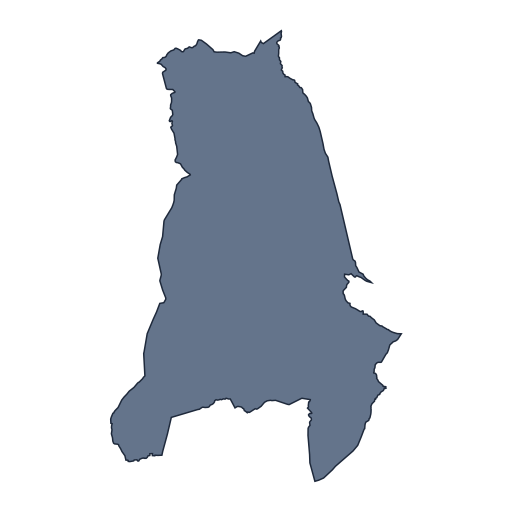 Charapan, Michoacán, Mexico
{"feature_id": "50627088B69294941658253", "entity_name": "Charapan", "entity_type": "district", "adm_level": 2, "iso_a3": "MEX", "parent_name": "Mexico", "parent_adm1": "Michoacán", "projection": "mercator", "projection_center": [-102.229, 19.697], "detail": "fine", "context": "isolated", "style": "filled", "palette": "slate", "viewbox_px": 512, "rotation_deg": 0, "n_neighbors": 0, "source": "geoboundaries", "source_scale": "gbopen_adm2", "svg_char_len": 6004}
<svg xmlns="http://www.w3.org/2000/svg" viewBox="0 0 512 512"><path d="M157.5,63.3L159.6,63.7L161.2,64.3L163.1,66.5L165.2,67.7L166.0,68.8L166.0,69.7L165.8,70.2L162.7,72.3L162.5,73.6L166.4,88.4L166.8,89.0L167.9,89.4L172.8,89.5L174.9,91.7L174.8,92.4L172.3,93.3L170.7,94.7L170.7,95.7L171.6,97.9L171.6,101.2L171.5,102.4L170.6,105.0L170.6,106.8L170.3,108.4L170.5,108.9L172.3,110.3L172.8,114.6L172.2,115.7L170.6,117.3L169.3,120.7L169.6,121.3L170.1,121.6L171.6,120.8L172.0,120.8L172.4,121.4L171.9,123.5L172.5,125.3L172.1,126.1L171.1,126.8L170.8,127.3L171.5,129.1L174.0,133.2L175.0,138.5L175.0,139.8L175.6,141.7L175.6,142.9L176.7,146.3L177.6,154.5L176.4,157.5L175.1,160.0L175.3,161.7L176.3,162.5L177.8,162.7L180.5,163.8L182.4,167.3L183.9,168.8L184.8,170.2L187.4,172.5L189.7,174.0L190.2,174.4L190.3,174.9L187.0,176.9L184.6,177.6L181.8,178.8L181.8,179.2L176.7,185.1L176.3,188.2L174.3,194.8L174.2,200.2L173.7,202.5L172.9,204.9L171.8,207.7L164.5,219.7L164.0,221.1L162.6,236.6L160.2,244.6L157.8,258.2L161.3,274.1L161.2,275.4L159.9,280.3L159.9,281.0L162.7,290.2L165.8,298.0L165.7,299.4L163.8,302.7L159.8,303.4L156.5,312.1L153.3,319.1L147.2,333.7L144.1,351.8L143.7,353.5L144.9,375.9L143.4,377.4L142.6,378.7L139.1,382.2L138.4,382.4L137.5,383.2L134.0,387.4L129.2,391.2L126.8,394.2L124.1,397.0L121.7,400.1L118.1,407.5L115.0,410.7L114.0,412.2L113.9,412.8L112.9,413.3L111.3,417.1L110.7,419.1L110.9,423.3L112.1,423.7L111.6,425.8L111.5,427.9L112.0,429.7L111.4,433.8L112.5,437.8L112.8,441.0L113.6,443.2L114.6,443.9L117.5,444.2L118.5,444.6L118.8,445.8L120.6,448.7L122.0,451.6L124.9,455.7L125.9,460.1L127.8,460.2L128.2,460.5L128.2,461.4L129.8,461.6L133.7,460.9L134.2,460.0L136.7,459.8L136.9,459.8L137.6,460.9L138.7,461.0L139.7,459.3L142.2,458.2L143.9,458.0L144.1,458.3L146.1,458.3L146.4,458.1L147.3,457.3L148.1,455.8L149.8,455.5L149.8,453.7L152.5,453.6L152.4,455.6L154.8,455.8L155.0,455.2L157.8,455.4L161.9,455.2L162.7,451.4L167.4,434.1L171.3,417.4L197.8,409.5L199.3,409.3L202.2,407.3L203.0,407.2L205.1,407.5L208.0,407.3L209.3,406.6L210.2,405.1L211.9,404.5L213.4,403.5L214.5,401.9L214.7,400.7L216.1,399.7L217.1,400.1L219.0,399.9L219.6,399.5L220.5,399.4L221.5,399.7L223.3,398.9L225.0,399.1L225.6,398.9L225.8,398.4L226.5,398.3L228.5,399.0L230.3,399.0L235.0,407.9L236.9,406.7L238.0,406.4L240.9,406.9L241.7,407.2L242.7,408.3L243.6,408.6L244.4,410.7L245.3,411.1L247.2,412.7L247.5,412.1L247.9,412.0L248.9,412.4L249.6,412.3L255.2,408.7L256.6,409.1L257.4,408.9L261.1,406.3L264.5,402.3L267.2,400.8L270.5,400.3L271.9,400.6L275.5,400.3L287.5,404.3L289.1,404.6L301.5,398.4L302.1,398.3L310.3,399.6L310.2,400.4L309.4,401.7L308.7,402.0L308.3,405.4L308.5,406.9L307.5,408.1L311.3,412.2L311.8,413.1L311.0,413.6L309.9,413.4L309.0,414.1L308.5,414.9L308.9,415.9L309.8,417.0L310.9,417.7L311.3,418.6L311.4,419.5L311.2,420.3L310.6,420.8L309.7,422.0L309.6,422.8L310.0,425.3L308.5,427.3L308.1,428.5L308.0,435.4L309.6,454.6L309.9,462.9L314.9,481.3L318.7,480.2L323.6,478.0L332.4,469.8L335.4,466.3L353.0,451.0L357.7,445.4L361.2,436.9L364.1,429.2L364.7,428.7L365.0,424.8L365.4,423.2L365.9,422.1L368.6,420.5L369.0,419.7L369.1,418.7L369.9,417.9L370.8,414.0L371.0,412.1L371.1,409.3L370.9,408.1L371.1,407.0L370.8,406.4L372.0,403.7L374.5,401.2L374.6,400.1L375.1,398.9L375.6,399.1L375.9,398.1L376.8,397.6L377.8,395.2L379.7,394.4L379.7,393.8L381.1,391.9L383.1,390.7L383.7,389.9L384.3,388.2L385.1,388.5L386.0,388.1L385.8,387.8L385.8,386.7L383.1,386.3L382.9,385.4L378.5,381.6L377.7,379.8L376.6,378.3L376.9,377.2L376.6,376.6L376.6,375.2L375.9,373.9L375.4,373.4L373.8,373.0L373.7,372.5L374.1,371.7L374.2,369.2L374.9,367.8L375.2,364.8L376.7,363.0L378.1,362.3L380.8,362.3L381.4,362.1L385.9,354.3L387.3,352.8L388.5,349.7L389.8,345.0L393.2,341.8L395.7,340.9L397.6,339.5L401.3,333.8L397.2,333.6L393.5,332.5L391.4,331.7L389.0,330.3L388.6,329.7L386.9,329.3L386.4,328.8L382.7,326.7L382.0,326.0L379.9,325.7L376.1,322.9L374.3,319.9L371.4,317.7L370.0,316.3L368.5,316.1L367.0,314.2L363.2,314.1L363.2,311.7L362.9,310.9L362.2,310.9L361.4,311.5L360.1,311.5L355.5,308.7L351.3,307.0L350.4,306.0L349.9,304.7L350.0,303.4L347.9,302.8L345.9,300.5L345.1,298.6L344.5,295.7L344.0,294.5L343.2,293.7L343.1,291.2L343.4,290.5L346.4,287.3L346.5,286.0L346.9,284.5L348.8,282.4L348.9,281.7L348.9,281.2L347.6,280.4L344.5,277.0L344.6,274.2L348.8,274.8L351.1,273.7L354.5,277.0L355.4,277.0L356.3,275.9L356.8,275.7L359.1,276.8L361.1,277.5L365.1,280.4L366.8,281.3L371.5,282.6L370.0,281.1L367.4,279.7L365.7,278.2L363.8,275.9L363.1,274.2L359.0,272.0L356.9,267.5L355.7,265.7L355.5,262.5L355.0,261.1L353.3,259.9L352.7,258.9L340.0,204.6L338.8,201.9L336.9,193.7L332.1,176.0L328.6,161.1L327.9,157.2L325.4,153.3L324.0,149.3L323.0,143.7L320.2,131.5L318.9,127.3L316.9,123.1L314.6,119.4L313.9,117.6L312.9,113.9L311.7,110.8L311.5,107.4L310.4,103.8L309.6,102.6L308.4,101.6L307.4,97.9L306.3,96.2L304.4,94.1L303.3,93.4L302.8,92.4L302.6,89.6L301.6,88.1L301.1,87.6L299.8,87.5L298.8,85.9L297.5,84.9L297.7,83.9L295.1,82.4L294.6,80.3L293.9,79.9L292.8,79.8L289.8,78.2L288.1,76.9L286.9,76.6L285.1,76.7L285.0,75.0L283.7,74.2L282.9,73.0L282.7,71.2L281.4,70.1L281.5,69.3L282.3,67.8L282.0,67.2L282.1,65.5L280.4,63.7L280.8,61.4L279.5,59.9L279.4,57.5L278.7,56.9L278.4,56.1L278.7,53.3L278.7,49.6L279.3,48.0L279.2,47.0L278.6,46.5L279.0,45.9L278.7,45.3L276.9,43.7L276.7,42.7L277.1,41.9L277.7,41.2L278.7,40.6L279.7,40.4L280.3,40.0L280.6,39.2L280.5,37.9L281.1,37.7L281.5,36.4L281.1,33.5L281.5,31.4L281.3,30.7L263.4,43.6L261.3,42.5L260.7,41.0L254.6,51.2L254.1,53.2L252.8,52.9L245.6,56.3L242.6,55.7L238.9,53.2L234.2,51.7L230.8,52.8L225.0,52.0L216.9,52.2L214.1,51.8L212.9,49.6L206.5,44.0L201.4,40.3L198.7,39.8L198.3,40.1L197.5,41.8L196.9,43.8L195.8,45.5L195.3,45.9L194.4,46.1L192.6,47.6L191.6,47.7L189.3,46.9L188.6,47.3L187.6,48.3L185.5,48.8L184.8,49.2L183.9,50.9L183.0,51.8L181.9,51.7L181.2,51.3L180.6,50.4L177.6,48.8L176.0,48.2L175.1,48.4L173.8,49.9L170.9,50.9L168.2,52.9L166.8,54.8L166.2,56.2L165.5,57.0L164.2,57.5L162.8,57.6L161.9,58.9L160.5,60.0L159.7,61.3L157.5,62.8L157.5,63.3Z" fill="#64748b" stroke="#1e293b" stroke-width="1.5"/></svg>